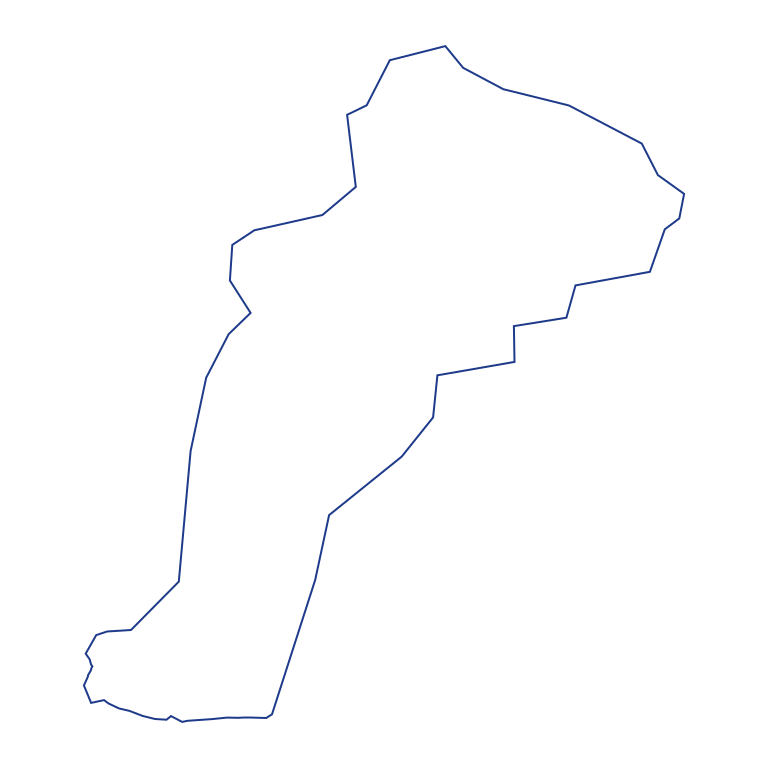 outline of Bazar-Korgon, Jalal-Abad, Kyrgyzstan
{"feature_id": "92254566B21007604083184", "entity_name": "Bazar-Korgon", "entity_type": "district", "adm_level": 2, "iso_a3": "KGZ", "parent_name": "Kyrgyzstan", "parent_adm1": "Jalal-Abad", "projection": "equal_earth", "projection_center": [72.866, 41.193], "detail": "fine", "context": "isolated", "style": "outline", "palette": "blue", "viewbox_px": 768, "rotation_deg": 0, "n_neighbors": 0, "source": "geoboundaries", "source_scale": "gbopen_adm2", "svg_char_len": 880}
<svg xmlns="http://www.w3.org/2000/svg" viewBox="0 0 768 768"><path d="M679.3,218.4L684.1,193.9L657.9,175.1L641.8,143.6L569.0,105.5L503.3,89.2L463.2,67.9L445.3,46.1L389.8,60.2L366.7,105.3L348.6,114.1L347.1,114.8L355.8,186.9L322.4,215.0L254.3,230.3L232.3,244.9L229.9,280.5L250.6,312.9L228.7,334.1L206.2,377.7L190.6,451.1L178.8,581.6L131.0,630.0L107.1,631.5L96.2,635.1L85.7,653.7L89.6,659.2L91.1,664.6L92.4,666.4L91.6,667.6L90.8,670.5L88.2,674.9L87.7,677.1L83.9,685.4L91.1,702.9L104.0,700.1L108.6,703.5L118.9,708.4L129.5,710.9L142.5,715.9L155.0,719.0L166.5,719.7L171.0,716.1L182.2,721.9L187.5,720.8L212.0,719.1L227.0,717.6L237.7,717.8L245.0,717.5L249.5,717.5L266.2,718.0L272.0,714.3L315.2,579.9L329.1,515.1L401.7,456.6L433.1,417.4L437.4,375.3L514.5,361.9L513.9,326.1L566.4,317.7L575.5,285.4L649.9,271.8L664.8,229.3L679.3,218.4Z" fill="none" stroke="#1e3a8a" stroke-width="2"/></svg>